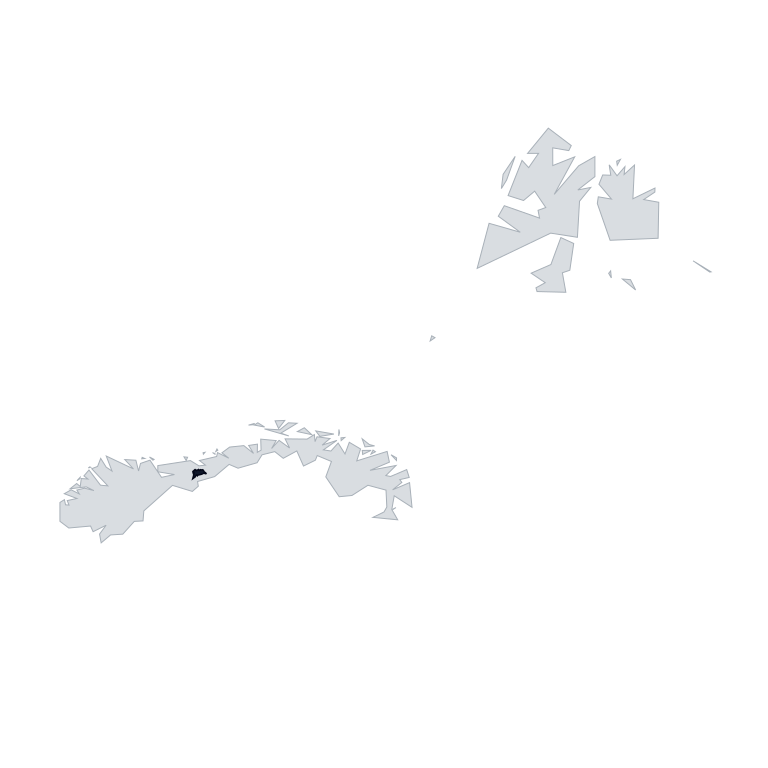 Namsskogan nor, Nord-Trøndelag, Norway (highlighted), rotated 48°
{"feature_id": "86288312B18361683612622", "entity_name": "Namsskogan nor", "entity_type": "district", "adm_level": 2, "iso_a3": "NOR", "parent_name": "Norway", "parent_adm1": "Nord-Trøndelag", "projection": "mercator", "projection_center": [12.823, 64.81], "detail": "fine", "context": "in_parent", "style": "filled", "palette": "ink", "viewbox_px": 768, "rotation_deg": 48, "n_neighbors": 0, "source": "geoboundaries", "source_scale": "gbopen_adm2", "svg_char_len": 5052}
<svg xmlns="http://www.w3.org/2000/svg" viewBox="0 0 768 768"><g transform="rotate(48 384 384)"><path d="M406.4,474.9L392.5,481.5L394.7,486.0L391.1,498.7L375.4,493.6L371.8,508.6L361.2,510.4L355.0,522.0L357.6,531.0L348.9,548.8L340.1,552.9L339.5,571.8L331.7,587.8L335.7,590.4L335.6,598.3L317.8,609.0L317.6,647.4L324.5,654.7L319.0,661.5L320.8,678.6L313.2,688.2L312.8,700.5L305.2,695.8L303.0,685.0L299.1,699.0L293.2,697.1L280.1,714.6L269.2,716.7L255.2,704.1L256.1,698.9L260.7,701.5L263.2,699.1L258.7,697.4L263.6,688.8L251.6,695.0L253.3,687.3L261.8,684.0L257.3,683.2L261.1,676.2L269.1,670.9L261.2,674.1L251.8,687.4L252.3,679.0L256.9,678.3L251.7,672.2L256.5,667.6L251.5,668.5L250.5,660.8L269.5,662.4L274.9,657.4L251.4,657.9L253.6,652.0L249.7,644.3L259.9,646.1L266.7,644.4L251.7,638.6L279.5,627.0L266.7,627.2L274.6,619.4L284.4,624.6L280.1,618.1L284.0,608.9L304.5,611.8L311.1,600.3L297.9,610.8L293.3,606.7L311.4,579.1L321.0,576.3L324.8,571.0L317.4,572.3L325.9,556.9L323.6,553.6L335.3,549.0L326.7,550.5L327.6,540.9L336.0,529.4L348.3,527.4L339.1,525.7L344.0,518.3L350.0,523.9L350.9,519.6L342.5,512.5L353.9,502.0L356.7,510.7L355.7,499.7L368.4,497.0L358.6,494.2L373.5,478.0L375.0,469.6L380.7,473.8L378.4,469.1L388.4,460.6L388.0,470.9L394.4,456.7L392.4,473.1L398.3,468.3L397.2,457.6L409.9,459.8L404.1,448.8L416.6,444.9L422.9,455.7L436.2,426.8L445.7,432.3L438.8,452.2L452.6,429.6L453.3,443.9L457.1,441.0L462.8,424.4L470.3,427.8L465.6,436.3L469.1,436.6L468.4,448.4L474.4,431.0L494.4,445.7L473.9,451.2L482.5,462.2L494.1,464.7L475.7,481.5L479.1,469.6L477.3,464.2L464.2,453.5L448.5,463.7L445.4,482.4L437.8,492.7L414.1,489.4L406.4,474.9ZM356.1,75.1L371.0,88.5L369.5,110.1L376.3,98.8L379.0,116.4L404.4,142.1L383.4,159.2L360.4,237.4L334.9,198.4L362.4,181.2L335.8,186.8L332.0,175.3L364.8,157.4L358.0,153.3L361.1,145.7L341.5,143.0L341.0,157.5L327.0,165.7L310.2,131.8L320.0,131.7L316.0,114.8L308.7,123.0L303.8,90.7L332.1,85.3L334.2,90.5L321.4,100.6L334.6,112.4L342.8,90.3L357.0,130.6L352.1,93.3L356.1,75.1ZM388.9,51.3L412.9,75.1L419.7,51.5L422.6,54.3L420.7,67.6L432.8,58.2L459.1,82.8L428.5,119.8L392.6,104.7L388.3,99.5L398.8,91.2L379.4,90.6L375.0,81.6L380.6,75.8L371.8,70.0L385.2,71.5L383.7,59.5L389.0,65.4L388.9,51.3ZM406.5,149.0L423.8,169.8L420.7,177.0L437.5,187.5L417.7,208.4L414.2,206.7L416.6,196.4L400.1,200.5L406.9,180.0L393.5,154.6L406.5,149.0ZM351.5,493.5L358.9,489.5L337.4,502.9L348.3,492.1L348.9,481.0L355.0,474.9L351.5,493.5ZM363.2,472.5L373.3,471.6L361.4,480.2L363.2,472.5ZM373.2,466.1L387.7,454.7L380.0,466.7L373.2,466.1ZM302.6,134.2L314.5,156.5L317.3,166.0L307.9,155.2L302.6,134.2ZM344.7,482.1L346.5,492.1L338.5,489.6L344.7,482.1ZM423.7,432.4L418.0,440.2L410.1,436.9L419.2,435.4L423.7,432.4ZM424.7,438.0L422.1,447.0L418.8,444.6L424.7,438.0ZM328.4,503.7L336.1,501.5L327.7,507.9L328.4,503.7ZM518.8,67.0L499.3,71.9L519.5,65.9L518.8,67.0ZM471.4,131.0L482.5,134.1L465.5,136.6L471.4,131.0ZM441.3,426.1L447.3,424.1L449.2,425.9L441.3,426.1ZM428.6,435.7L427.4,440.6L425.8,436.4L428.6,435.7ZM397.5,448.9L397.4,453.7L395.2,452.0L397.5,448.9ZM383.7,315.1L382.9,320.9L380.1,316.3L383.7,315.1ZM457.3,144.1L452.1,143.0L451.6,139.9L457.3,144.1ZM307.0,579.0L308.5,582.2L304.3,581.4L307.0,579.0ZM387.6,447.9L390.5,449.7L392.2,452.4L387.6,447.9ZM375.3,58.0L377.5,64.3L374.1,62.0L375.3,58.0ZM286.0,606.7L281.3,607.1L286.2,605.3L286.0,606.7ZM279.3,611.6L277.5,614.1L276.7,612.8L279.3,611.6ZM326.5,508.8L323.9,512.2L326.7,506.5L326.5,508.8ZM250.9,673.3L250.4,676.9L250.0,672.2L250.9,673.3ZM321.6,554.2L320.5,551.6L322.0,551.8L321.6,554.2ZM483.8,457.8L483.2,461.6L483.0,460.9L483.8,457.8ZM322.9,556.7L320.2,557.3L323.5,556.1L322.9,556.7ZM315.0,562.7L315.3,565.2L314.0,564.4L315.0,562.7ZM249.6,657.7L248.5,659.9L248.7,658.1L249.6,657.7Z" fill="#d9dde1" stroke="#a8b0b8" stroke-width="1"/><path d="M322.9,579.6L323.1,580.1L322.9,580.5L323.0,581.2L322.9,581.2L322.7,581.3L322.4,581.3L322.2,581.5L321.9,581.5L321.7,581.5L321.4,581.6L321.2,581.6L321.1,581.8L321.7,582.4L321.1,583.0L321.2,583.5L321.1,584.3L321.1,584.5L321.8,584.6L322.1,584.6L322.0,584.8L321.9,584.9L321.9,585.0L322.0,585.0L322.5,585.3L322.7,585.5L322.8,585.5L322.9,585.4L322.9,585.5L323.0,585.5L323.0,585.4L323.3,585.3L323.5,585.4L323.7,585.5L323.7,585.8L323.8,585.8L323.8,585.7L323.8,585.8L324.0,585.9L324.2,586.0L324.3,586.3L324.4,586.5L324.5,586.6L326.4,589.5L326.7,586.4L326.4,586.0L326.3,585.7L326.3,585.4L326.2,585.3L326.2,585.2L326.2,584.9L326.1,584.7L326.1,584.4L326.0,584.1L326.3,584.0L326.5,584.0L326.9,584.0L327.0,584.0L327.3,584.1L327.2,583.3L327.7,582.3L328.1,581.7L328.5,580.9L328.9,580.2L329.2,579.4L329.5,578.3L329.6,578.0L329.6,577.6L330.7,577.0L331.1,576.6L331.3,576.6L331.5,576.4L331.5,576.2L331.3,576.2L330.9,576.0L330.7,576.0L330.4,576.0L330.1,576.1L329.5,576.4L328.4,576.3L327.8,576.1L327.6,576.1L327.0,576.0L326.4,576.1L326.1,576.9L325.9,576.9L325.7,577.0L325.3,577.8L324.9,577.7L324.7,577.9L324.7,578.2L324.8,578.3L325.0,578.4L325.1,578.5L325.0,578.9L324.7,579.1L323.5,579.1L323.6,579.6L323.4,579.9L323.2,579.8L323.0,579.7L322.9,579.6Z" fill="#0f172a" stroke="#020617" stroke-width="1.5"/></g></svg>